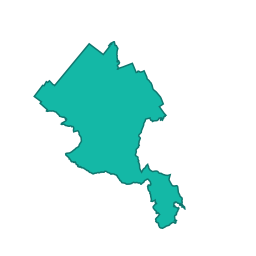 Ghidfalau, Covasna, Romania, rotated 126°
{"feature_id": "2599482B32628699176432", "entity_name": "Ghidfalau", "entity_type": "district", "adm_level": 2, "iso_a3": "ROU", "parent_name": "Romania", "parent_adm1": "Covasna", "projection": "albers", "projection_center": [25.894, 45.924], "detail": "fine", "context": "isolated", "style": "filled", "palette": "teal", "viewbox_px": 256, "rotation_deg": 126, "n_neighbors": 0, "source": "geoboundaries", "source_scale": "gbopen_adm2", "svg_char_len": 5851}
<svg xmlns="http://www.w3.org/2000/svg" viewBox="0 0 256 256"><g transform="rotate(126 128 128)"><path d="M159.7,213.6L160.6,204.1L162.2,204.0L162.2,203.9L161.9,203.0L160.6,201.8L158.9,199.4L158.1,198.6L158.0,197.4L157.4,195.7L157.4,195.4L157.9,193.3L157.9,192.2L158.2,191.1L158.7,190.2L158.2,189.0L158.0,188.2L157.4,186.7L157.1,186.6L156.8,186.3L156.7,184.1L156.9,183.2L157.6,183.8L158.1,182.5L159.1,182.6L163.1,184.4L163.3,183.8L163.6,183.6L164.1,184.0L164.1,183.7L162.7,182.2L162.5,181.4L162.7,180.7L162.7,180.1L161.8,178.2L161.8,177.7L161.0,176.4L160.2,175.9L159.9,175.5L159.9,174.8L160.1,174.3L159.2,173.5L159.4,172.5L160.2,171.7L161.8,170.9L163.0,169.7L159.8,167.2L159.7,166.9L160.3,165.2L161.1,164.3L161.9,163.8L163.2,160.4L166.1,157.9L170.2,157.6L171.4,157.1L172.3,157.1L175.4,158.4L176.7,158.4L177.4,158.8L180.5,159.6L182.9,160.8L183.5,161.8L184.2,162.3L184.8,163.1L185.6,163.2L186.4,162.3L186.6,159.6L187.0,157.8L187.3,157.3L187.5,157.3L187.3,156.6L187.7,155.8L187.9,155.0L188.1,154.5L188.4,154.4L188.4,153.6L187.6,152.6L187.6,151.7L187.3,151.4L187.5,151.4L187.2,150.9L187.0,151.1L186.9,150.9L187.0,150.4L186.7,150.2L187.5,148.8L187.9,148.4L187.5,147.3L187.9,146.7L187.6,146.5L187.8,146.3L188.1,146.5L188.5,146.2L188.6,145.4L188.3,145.2L188.0,143.9L187.5,144.0L187.2,143.8L187.1,143.3L187.5,142.3L187.2,142.0L186.4,140.0L186.6,139.5L186.4,137.7L186.5,136.3L186.3,136.1L186.4,135.8L186.0,135.1L186.3,134.2L186.4,132.9L185.9,131.8L185.8,129.9L185.5,129.7L185.6,129.2L184.8,128.6L184.1,128.3L183.1,127.1L182.1,126.6L181.5,125.8L181.4,125.3L181.2,125.3L180.9,124.7L179.4,123.9L179.1,123.4L179.2,123.1L178.7,122.8L177.9,121.4L176.6,121.3L176.3,120.9L175.9,120.1L175.8,117.9L175.3,117.0L175.4,116.5L175.2,116.1L175.4,114.8L175.0,114.3L174.4,114.1L174.2,113.3L173.5,112.5L173.3,110.7L172.9,110.0L172.9,109.0L173.2,108.9L173.3,108.0L173.7,107.6L174.6,104.7L175.1,103.9L175.2,102.0L175.5,101.6L175.8,100.8L174.4,97.9L174.4,96.8L174.2,96.0L172.2,93.5L171.8,93.3L170.6,92.3L170.2,92.4L168.7,91.6L168.4,90.7L167.7,89.6L166.8,88.8L166.4,87.2L165.7,86.5L165.5,85.9L165.9,84.6L165.5,84.2L164.3,84.1L162.7,83.4L161.1,83.6L160.3,83.5L159.6,83.0L158.4,82.6L157.7,82.0L157.7,80.9L158.1,79.9L158.2,78.7L158.6,78.0L159.4,77.5L159.6,76.8L160.6,76.2L161.2,76.3L161.6,76.5L161.6,76.8L161.4,77.0L162.0,77.9L162.5,78.1L163.1,77.7L163.7,77.8L164.0,77.2L164.6,76.9L165.4,76.1L166.4,74.8L166.7,73.8L166.8,72.8L167.8,71.8L168.1,71.8L168.5,70.7L170.0,69.4L171.9,67.2L173.7,66.3L173.0,65.0L172.1,64.7L171.4,64.0L170.4,63.7L171.1,63.1L171.4,62.5L172.1,62.3L172.5,61.7L172.1,61.0L172.4,60.5L173.3,61.1L176.6,61.4L177.1,61.3L177.8,60.6L178.6,58.2L178.7,56.2L179.1,55.8L179.1,55.4L179.4,55.0L179.6,55.6L180.4,55.0L180.4,54.7L180.0,54.2L178.9,53.8L179.4,51.6L180.5,51.8L182.3,51.7L183.9,52.1L185.5,52.1L186.6,50.8L187.3,50.5L187.2,50.1L187.5,49.1L187.1,48.4L187.2,48.0L187.1,47.4L187.6,46.9L187.8,46.9L188.0,46.5L188.5,46.2L189.7,44.1L189.7,43.0L188.8,41.1L185.9,39.7L184.9,39.4L182.7,37.7L181.9,37.4L181.3,37.5L178.6,36.6L177.5,35.8L177.4,34.2L177.2,33.8L176.8,33.6L176.4,33.7L176.2,34.6L174.5,34.3L174.4,35.2L175.0,36.0L174.7,36.0L172.4,38.2L171.3,38.6L169.7,37.9L168.6,38.7L168.3,38.6L168.0,39.0L166.4,38.9L164.1,39.6L163.6,39.4L163.0,39.7L162.8,40.1L163.8,40.1L163.6,41.3L164.0,43.1L163.9,43.6L164.6,44.4L164.6,44.6L163.9,44.3L163.5,44.4L163.5,44.7L163.7,44.9L163.7,45.5L161.6,46.7L161.3,46.4L160.9,46.5L160.8,46.0L159.8,46.0L159.5,45.3L159.6,43.6L159.2,42.8L159.1,42.0L158.9,41.7L159.0,41.4L159.9,41.0L159.9,40.4L159.2,40.5L159.3,40.4L159.2,38.6L159.6,38.1L160.9,37.9L159.6,37.9L159.7,37.7L159.5,37.3L159.6,36.9L159.5,36.5L159.7,35.8L160.1,34.8L160.0,34.5L158.7,35.8L158.5,37.3L158.6,38.0L158.0,38.9L157.9,39.8L156.1,40.6L155.1,41.8L154.2,42.0L153.0,43.0L152.8,43.4L152.7,45.4L152.4,46.1L151.6,47.2L150.6,49.3L146.4,53.2L146.0,53.9L146.0,54.5L146.2,54.9L147.4,56.0L148.4,57.5L148.5,58.4L148.3,59.2L146.4,63.3L145.7,64.4L145.2,64.8L141.0,66.4L142.9,67.8L144.1,69.8L145.0,72.5L145.2,74.5L146.2,76.1L145.7,78.4L145.9,79.2L146.2,79.8L147.1,80.9L148.7,82.4L148.9,83.0L149.1,85.2L148.6,86.8L148.2,87.7L147.0,88.9L146.5,90.0L145.9,90.7L147.8,91.1L148.7,90.9L150.4,90.8L151.5,91.3L152.7,91.4L155.8,91.0L155.5,91.8L153.8,94.8L151.3,96.8L150.3,98.0L149.1,100.0L148.3,99.9L147.3,101.7L145.8,102.8L145.8,104.4L145.9,105.2L145.5,106.2L142.3,107.3L141.4,108.3L140.4,108.8L137.2,108.3L136.8,108.8L135.4,108.7L135.2,109.0L134.9,109.9L134.6,110.1L133.4,110.4L132.8,111.0L129.1,112.0L128.7,112.6L128.6,113.5L128.3,114.5L127.5,115.0L127.1,115.1L123.7,114.7L122.4,115.5L116.9,116.9L115.8,117.4L115.3,117.9L112.0,118.3L110.8,118.9L110.2,118.8L107.0,116.1L107.4,115.8L108.3,114.2L107.8,113.0L108.4,112.1L108.3,111.9L107.1,111.4L105.0,108.9L103.4,108.4L101.8,108.6L100.3,107.1L100.2,106.8L100.4,106.5L102.1,106.6L102.5,106.4L102.5,106.1L101.4,105.9L101.4,104.7L100.7,104.9L100.2,105.5L100.1,105.1L99.5,105.4L99.1,105.0L98.4,105.4L97.5,105.5L97.2,105.4L97.3,105.1L96.7,104.8L96.0,105.1L95.4,104.8L94.9,107.4L92.3,115.2L87.8,113.6L84.6,118.6L83.9,119.9L82.3,126.1L82.0,130.1L81.5,131.1L79.3,133.7L78.0,135.9L77.8,137.4L77.3,138.7L77.0,141.4L75.7,142.8L72.3,148.6L74.0,149.5L75.6,150.8L75.7,151.0L75.6,152.1L76.0,153.3L76.4,153.4L77.1,153.1L78.3,154.0L73.1,162.5L81.6,168.0L84.9,170.4L86.4,170.8L86.5,171.1L85.1,171.2L84.3,172.2L84.1,173.0L83.5,173.5L81.5,173.0L80.4,173.2L79.9,173.5L79.6,174.6L79.1,175.1L79.2,175.3L80.6,175.3L80.8,175.6L80.6,175.9L79.0,176.5L77.1,178.6L75.9,179.2L75.4,180.1L73.7,181.0L73.2,181.5L71.3,182.4L69.7,182.9L69.4,183.3L69.4,183.6L68.2,185.9L68.3,186.2L68.8,186.9L66.3,189.7L66.6,190.2L69.5,191.6L69.7,190.7L70.9,190.9L70.8,191.8L72.8,191.9L72.8,190.8L83.1,191.2L82.7,208.9L136.7,212.3L136.5,212.8L137.0,214.1L136.0,219.3L138.4,219.8L138.5,221.3L143.1,220.8L143.6,222.1L157.6,222.4L157.7,213.5L159.7,213.6Z" fill="#14b8a6" stroke="#0f766e" stroke-width="1.5"/></g></svg>